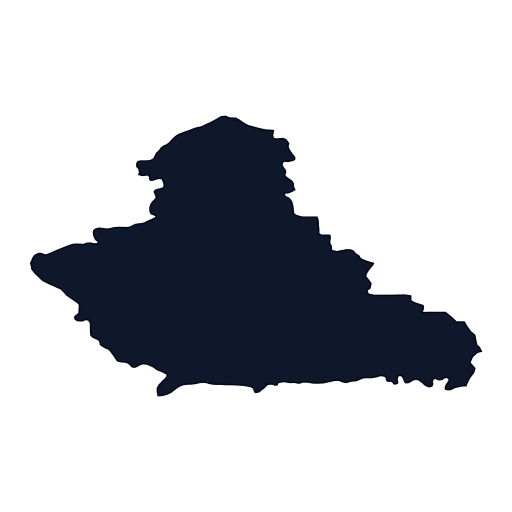 Luninets, Brest, Belarus
{"feature_id": "67162791B41216407156673", "entity_name": "Luninets", "entity_type": "district", "adm_level": 2, "iso_a3": "BLR", "parent_name": "Belarus", "parent_adm1": "Brest", "projection": "robinson", "projection_center": [26.952, 52.407], "detail": "fine", "context": "isolated", "style": "filled", "palette": "ink", "viewbox_px": 512, "rotation_deg": 0, "n_neighbors": 0, "source": "geoboundaries", "source_scale": "gbopen_adm2", "svg_char_len": 5593}
<svg xmlns="http://www.w3.org/2000/svg" viewBox="0 0 512 512"><path d="M373.4,263.4L367.4,261.7L362.0,259.6L359.9,258.1L358.9,256.0L355.2,253.6L353.2,251.0L349.8,249.9L346.4,249.9L336.6,251.8L331.5,250.5L331.2,246.5L329.5,242.6L330.2,237.6L329.8,235.3L326.1,235.3L321.4,235.3L318.7,233.7L318.7,230.8L318.7,229.0L318.3,225.9L318.3,223.5L318.0,220.4L317.0,217.2L315.3,217.2L309.6,217.2L306.2,217.2L302.8,217.2L300.1,216.7L295.4,215.2L293.3,213.1L293.3,210.7L292.7,206.0L291.6,201.8L290.0,199.5L288.3,197.9L285.6,196.9L284.2,194.8L284.2,193.2L288.3,192.7L292.3,191.1L294.7,189.6L293.3,186.7L293.3,183.8L292.0,181.5L289.6,179.6L286.2,177.3L284.5,175.2L285.6,172.3L285.2,170.3L283.2,167.6L281.8,164.8L282.8,161.9L284.5,161.1L288.2,161.4L293.0,160.3L294.6,159.3L294.6,157.2L292.6,154.9L290.3,151.7L288.6,148.9L287.9,146.5L288.6,143.4L285.9,139.8L283.5,138.7L281.1,138.7L277.8,139.0L274.7,139.0L273.4,138.2L272.4,135.6L273.4,130.6L269.2,130.3L266.4,130.2L262.3,129.4L258.1,128.4L254.0,127.3L248.5,125.8L245.7,124.5L242.0,122.2L239.4,120.3L235.7,118.2L233.3,118.2L230.3,118.1L228.2,117.6L225.8,116.4L223.4,116.5L221.5,116.8L219.7,117.6L217.5,119.0L214.2,120.8L210.6,122.8L205.9,124.8L201.7,126.9L195.0,128.4L189.1,130.8L185.6,131.9L179.9,134.1L176.5,135.9L173.7,138.3L171.8,140.3L169.8,142.5L168.8,143.5L166.1,145.2L163.3,146.4L161.1,148.3L159.6,150.5L156.6,153.3L155.0,156.6L154.2,158.0L153.2,159.3L151.1,160.3L149.3,160.9L145.0,161.1L140.5,161.1L137.9,161.7L136.8,163.8L136.9,166.5L138.8,168.5L139.2,170.1L139.7,172.5L138.9,174.4L141.5,175.3L144.2,175.3L146.8,174.8L148.8,175.3L149.6,176.9L149.6,178.6L150.5,180.2L152.7,180.2L155.3,179.2L158.4,178.3L160.2,178.3L162.2,178.8L162.6,179.7L163.9,183.0L164.3,185.4L163.6,187.7L161.0,188.8L158.2,189.3L155.3,190.4L154.3,191.8L155.1,193.5L156.1,196.2L156.3,198.4L154.3,200.3L152.9,201.7L151.0,204.4L150.0,207.4L150.0,211.0L151.2,213.7L154.2,214.8L155.7,215.6L156.2,216.8L155.5,217.8L153.4,218.8L151.2,219.9L148.9,220.8L147.0,221.7L144.6,223.1L141.4,223.8L138.9,224.0L135.1,224.6L133.5,225.5L131.0,226.8L127.9,227.7L124.2,227.6L118.9,227.5L115.5,227.7L113.3,228.0L110.7,228.7L107.6,229.2L104.1,228.9L102.2,228.6L99.1,228.2L95.7,229.1L95.5,229.3L93.9,230.5L93.5,232.6L93.9,235.7L94.8,237.6L95.8,239.6L97.1,240.6L98.4,241.7L97.8,243.7L94.3,244.0L90.2,243.1L86.6,243.3L84.1,244.5L80.3,244.4L76.3,244.2L72.8,244.5L69.2,245.7L65.0,247.3L60.0,249.3L54.8,251.5L50.0,253.6L46.0,255.1L43.6,254.6L41.3,253.6L38.7,253.5L35.7,254.9L34.0,256.4L32.8,258.3L31.8,261.0L30.7,263.2L31.6,266.2L31.9,269.0L33.7,271.3L35.8,273.8L39.1,276.8L41.6,279.4L43.4,280.7L47.7,282.9L50.9,284.4L53.8,285.6L57.8,287.5L61.0,288.8L63.0,290.8L64.7,292.6L66.4,294.7L70.8,297.9L74.0,300.0L76.6,301.8L78.9,303.7L79.5,305.6L79.3,308.8L79.0,313.4L77.2,314.8L74.8,316.7L75.1,319.0L77.3,320.5L80.3,320.8L82.8,320.7L84.4,319.9L86.5,319.4L88.8,320.3L89.8,321.8L90.5,323.1L90.7,333.3L91.1,335.4L93.0,337.2L95.1,338.1L97.1,339.0L99.1,340.1L100.2,342.4L100.4,344.4L102.3,345.9L105.2,347.6L108.5,349.0L110.2,350.3L110.8,351.4L112.9,354.1L114.8,356.9L116.2,359.1L117.6,360.9L121.2,361.7L125.2,362.0L128.0,362.9L130.2,364.6L131.4,366.2L133.1,367.1L135.3,367.0L137.4,366.0L140.0,364.5L143.0,363.6L145.1,363.8L148.2,364.4L150.8,365.6L153.2,366.7L155.6,368.4L157.0,369.5L160.6,370.9L163.0,372.0L164.7,372.8L166.5,373.7L167.3,375.0L167.1,376.3L166.5,377.4L165.0,379.1L164.1,380.2L162.4,381.4L161.4,382.8L159.2,384.9L157.5,388.0L157.3,390.2L157.5,392.4L157.9,393.5L158.1,395.6L159.3,395.6L162.6,395.3L166.6,394.2L170.7,392.4L174.0,389.8L177.0,387.5L179.9,385.8L183.4,384.5L187.7,384.0L190.7,384.0L195.5,383.4L199.4,382.5L202.5,382.1L206.1,382.4L209.4,383.3L212.1,383.9L216.4,384.2L220.9,384.2L225.7,384.5L230.2,384.5L236.3,384.7L243.6,385.2L250.5,386.4L253.1,387.8L254.0,389.2L254.4,390.9L255.2,392.3L256.8,392.3L259.3,391.6L260.7,390.1L262.1,389.2L264.1,387.7L265.6,386.1L267.6,384.3L270.5,384.0L272.8,384.1L275.2,385.1L277.2,384.7L277.2,383.4L278.8,382.4L283.0,381.5L285.2,381.6L288.6,382.3L291.2,382.4L293.8,382.2L296.7,382.7L299.0,383.1L301.5,382.4L302.9,381.9L305.3,381.9L308.9,382.1L312.2,382.8L315.3,383.0L318.3,383.0L323.5,382.7L326.5,382.0L329.7,381.4L332.9,380.6L335.9,380.2L338.4,380.2L341.1,381.0L343.6,382.0L346.5,382.4L348.8,381.6L352.1,380.9L356.6,380.5L359.2,379.3L362.1,378.1L365.0,377.5L368.8,377.5L370.8,377.6L374.2,377.1L376.5,376.7L378.4,376.0L381.1,375.5L384.5,376.0L386.5,377.7L386.5,379.6L387.3,381.0L389.8,381.2L391.1,381.0L392.8,381.9L393.8,383.7L395.1,383.9L397.3,383.4L397.6,381.9L397.1,380.6L397.1,378.3L397.6,376.5L399.1,375.4L401.1,375.4L402.8,376.9L403.7,378.8L404.8,381.8L405.9,382.7L408.4,382.5L410.7,381.3L412.8,379.9L414.5,379.4L417.0,379.3L418.7,379.8L420.9,381.3L422.6,382.6L424.6,384.5L427.2,386.1L429.3,386.7L431.9,386.0L432.7,383.8L432.3,382.6L432.1,381.3L433.4,378.9L434.7,378.2L436.3,378.6L438.4,379.6L440.1,379.7L442.6,379.1L443.7,377.9L446.7,377.3L448.9,378.3L449.3,380.2L448.0,382.6L446.6,384.4L445.6,386.7L445.3,388.8L446.4,389.5L448.6,389.6L450.5,389.5L454.2,387.7L455.9,387.1L458.7,386.6L460.8,386.0L462.8,385.8L466.0,385.7L466.0,385.2L469.4,378.0L473.7,372.3L474.8,368.4L469.8,362.7L472.4,356.7L477.4,352.2L481.3,351.3L479.3,347.4L476.6,345.0L474.7,335.2L470.4,331.6L466.6,326.2L464.2,322.0L460.0,322.0L456.2,322.0L452.3,318.1L445.4,312.5L441.5,312.5L429.2,312.5L421.9,312.7L423.4,308.3L423.0,305.6L418.4,304.1L414.6,302.9L410.7,300.8L410.7,296.0L404.9,295.1L389.9,295.4L374.2,295.4L368.2,294.2L366.7,290.3L369.9,288.2L370.9,283.5L368.2,279.8L365.5,276.4L366.2,273.5L368.9,269.2L372.8,264.6L373.4,263.4Z" fill="#0f172a" stroke="#020617" stroke-width="1.5"/></svg>